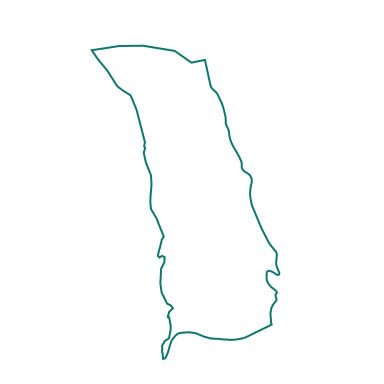 outline of Qarah, Hajjah, Yemen, rotated 349°
{"feature_id": "15242507B20225444371684", "entity_name": "Qarah", "entity_type": "district", "adm_level": 2, "iso_a3": "YEM", "parent_name": "Yemen", "parent_adm1": "Hajjah", "projection": "equal_earth", "projection_center": [43.48, 16.353], "detail": "fine", "context": "isolated", "style": "outline", "palette": "teal", "viewbox_px": 384, "rotation_deg": 349, "n_neighbors": 0, "source": "geoboundaries", "source_scale": "gbopen_adm2", "svg_char_len": 3397}
<svg xmlns="http://www.w3.org/2000/svg" viewBox="0 0 384 384"><g transform="rotate(349 192 192)"><path d="M120.7,33.7L124.9,43.6L132.0,56.7L138.8,73.9L143.6,79.3L149.9,85.1L150.7,87.9L153.3,100.9L153.3,101.3L155.3,134.3L153.7,138.1L154.5,139.7L153.0,142.5L152.1,144.3L152.3,151.3L152.4,154.4L154.9,167.6L153.7,176.9L150.6,187.9L150.4,188.6L149.0,194.9L149.0,195.1L148.5,201.0L152.1,211.0L153.8,220.2L155.2,227.3L155.8,230.4L154.9,231.3L153.4,232.8L151.7,236.5L150.3,239.6L147.5,245.2L146.4,248.3L147.6,250.2L150.5,249.0L152.7,250.7L152.0,253.5L151.5,255.6L147.0,261.5L144.5,271.8L143.5,275.5L143.0,285.2L144.0,288.5L146.2,296.7L149.7,299.5L151.1,302.5L146.7,305.3L146.6,305.6L144.9,308.9L144.5,309.6L144.4,310.3L144.8,310.6L145.2,310.3L145.5,310.4L145.6,310.8L145.5,319.4L144.9,322.5L144.8,322.9L141.5,331.3L137.0,333.0L133.3,337.2L133.3,337.4L132.9,340.6L132.2,342.0L132.3,345.6L131.7,350.3L134.2,349.9L136.1,347.4L137.9,344.6L139.3,341.8L140.7,339.1L141.6,337.4L142.2,336.4L143.1,334.9L143.8,333.7L145.2,332.6L145.7,332.1L146.0,331.9L146.9,331.0L147.4,330.6L148.0,330.1L148.6,329.7L150.4,328.7L151.0,328.4L152.9,328.2L153.9,328.2L154.6,328.2L155.6,328.3L156.6,328.4L158.3,328.5L159.4,328.8L161.0,328.9L162.2,329.1L163.6,329.6L164.6,329.9L166.4,330.5L169.1,331.5L171.4,333.1L173.9,334.7L176.0,336.1L176.3,336.3L179.1,337.7L181.8,339.1L184.8,340.0L187.4,340.6L190.1,341.3L190.5,341.4L192.8,342.1L195.4,343.0L198.1,343.4L198.6,343.6L200.6,344.3L203.5,344.8L206.8,345.2L207.3,345.2L209.3,345.3L209.9,345.3L213.2,345.3L217.5,344.8L227.3,342.1L244.9,337.4L244.7,335.1L244.7,334.7L245.1,332.8L245.5,328.3L246.0,325.6L247.2,322.5L248.3,320.3L250.0,318.2L251.7,316.6L252.9,315.6L253.7,314.9L254.1,314.4L254.4,313.6L254.5,312.5L254.3,311.6L254.2,310.8L254.2,310.0L254.3,309.1L255.1,308.0L255.9,307.3L256.1,306.6L256.1,306.1L255.7,305.5L255.1,304.3L253.1,302.2L252.3,301.2L251.8,300.7L250.5,298.5L249.5,296.5L248.8,294.0L248.6,292.0L249.1,289.2L249.6,286.8L250.3,284.9L250.8,284.4L251.8,284.0L252.7,284.0L254.2,284.8L255.0,285.3L255.8,285.8L257.6,287.4L258.9,288.9L259.9,289.6L260.8,289.7L261.2,289.7L261.6,289.7L262.0,289.2L262.2,288.5L262.2,287.5L261.2,282.7L260.9,280.6L261.0,278.2L261.7,275.3L262.4,273.2L262.9,271.5L263.3,269.8L263.3,268.2L263.1,266.6L262.2,265.2L260.3,261.6L259.8,260.7L259.7,260.5L259.0,259.1L258.2,257.5L257.4,255.2L253.4,241.3L253.1,240.0L248.6,218.1L248.3,216.2L248.2,213.9L248.2,213.5L248.2,211.7L248.2,209.8L248.3,207.9L248.5,205.9L248.9,203.9L249.4,201.9L249.9,200.2L250.5,198.3L251.2,196.6L251.6,195.9L252.1,194.9L252.7,193.1L253.0,191.2L252.9,189.2L252.4,187.4L251.6,185.9L250.4,184.6L249.2,183.4L248.0,182.5L246.9,181.2L246.0,179.8L245.5,177.7L245.8,175.8L246.2,174.0L246.3,172.1L246.0,170.3L245.5,168.6L245.1,166.5L244.4,164.6L243.8,162.5L243.2,160.8L242.5,159.0L241.9,157.3L241.3,155.4L240.8,153.7L240.3,151.8L240.2,151.3L239.9,150.0L239.6,148.0L239.5,146.1L239.4,144.2L239.6,142.3L239.7,140.5L239.7,138.6L239.5,136.7L238.9,134.9L238.4,133.0L238.2,131.1L238.6,129.2L238.9,127.4L239.2,125.4L239.2,123.6L239.2,121.7L239.0,119.7L239.0,117.7L238.8,115.8L238.7,113.9L238.4,112.0L238.1,110.1L237.6,108.3L237.1,106.6L236.7,104.7L236.2,102.6L235.8,101.3L235.6,100.7L234.8,98.9L233.7,97.3L232.6,95.9L231.6,94.5L230.7,92.6L230.5,90.7L229.9,64.8L216.1,64.9L201.9,50.2L176.0,40.6L172.0,39.1L148.5,34.8L130.0,34.1L120.7,33.7Z" fill="none" stroke="#0f766e" stroke-width="2"/></g></svg>